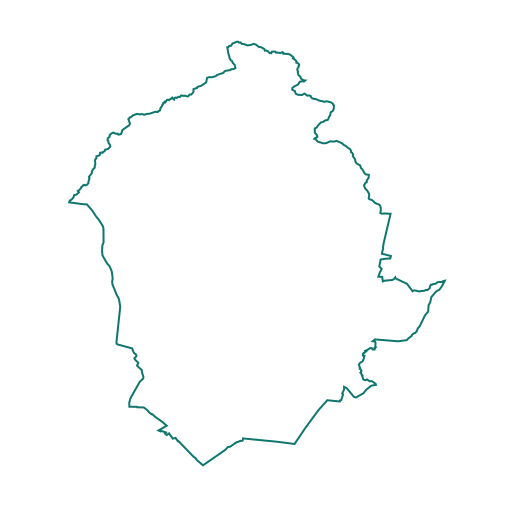 outline of Turbaco, Bolívar, Colombia, rotated 274°
{"feature_id": "7082276B46963019811413", "entity_name": "Turbaco", "entity_type": "district", "adm_level": 2, "iso_a3": "COL", "parent_name": "Colombia", "parent_adm1": "Bolívar", "projection": "robinson", "projection_center": [-75.373, 10.349], "detail": "fine", "context": "isolated", "style": "outline", "palette": "teal", "viewbox_px": 512, "rotation_deg": 274, "n_neighbors": 0, "source": "geoboundaries", "source_scale": "gbopen_adm2", "svg_char_len": 6078}
<svg xmlns="http://www.w3.org/2000/svg" viewBox="0 0 512 512"><g transform="rotate(274 256 256)"><path d="M434.5,292.8L434.5,291.4L435.8,289.0L436.5,288.2L438.0,287.7L439.4,285.8L441.4,285.0L443.1,285.0L443.6,284.5L444.9,284.2L445.9,284.3L447.3,285.3L448.6,285.2L449.3,285.8L450.1,285.7L451.2,284.4L451.7,282.7L452.7,282.9L454.2,281.7L455.6,279.2L456.3,279.8L456.8,279.5L459.3,275.9L459.8,273.9L459.7,271.4L460.0,270.3L459.6,269.2L460.8,268.9L461.2,268.1L460.1,266.1L460.4,264.0L460.2,261.8L461.2,261.2L461.3,260.4L460.9,257.4L459.4,257.1L459.3,255.6L461.1,253.5L461.8,251.5L461.5,250.5L463.2,249.7L464.8,246.0L464.8,244.1L466.9,241.2L467.4,238.8L466.1,235.8L465.5,232.6L466.5,229.7L466.7,226.8L467.9,225.9L467.7,224.1L468.4,223.5L468.5,222.2L466.4,217.8L463.9,216.3L463.7,214.7L462.5,213.9L462.3,212.8L455.9,214.3L453.2,215.5L451.6,215.7L449.6,217.2L448.7,218.6L447.0,219.3L445.3,221.3L442.2,222.4L440.9,220.6L440.6,218.2L439.7,217.4L438.6,212.8L438.1,211.9L436.3,210.5L433.9,204.6L432.6,203.3L431.2,199.5L431.2,197.3L430.7,195.5L430.1,194.7L425.7,194.2L422.0,189.5L420.6,185.8L419.6,185.5L418.1,182.0L415.7,182.2L414.4,181.6L412.5,180.1L412.5,178.7L411.9,178.0L410.6,177.4L410.4,176.2L410.9,174.7L410.7,171.1L411.0,170.2L409.3,169.0L409.4,167.5L408.2,166.0L408.5,165.0L408.2,164.1L407.6,163.5L406.4,163.4L406.7,162.6L408.1,161.4L407.3,160.9L407.1,160.2L406.3,159.6L406.1,158.6L405.4,158.2L405.7,156.9L405.4,156.2L404.3,155.5L403.7,154.2L403.3,154.3L403.3,155.0L402.8,154.9L402.3,152.8L400.7,152.6L399.9,151.8L399.1,151.8L397.1,150.5L394.5,150.0L393.4,148.2L392.7,147.9L392.9,145.7L390.6,140.1L390.0,136.9L389.1,134.5L389.7,132.5L389.1,130.2L389.5,127.4L387.4,123.0L386.2,122.2L385.4,120.3L384.7,120.2L383.7,119.1L379.5,121.0L377.7,120.5L372.4,114.0L368.2,112.9L367.5,110.7L367.6,110.1L368.3,109.8L368.3,107.2L369.2,105.0L367.6,102.5L366.2,101.6L364.9,101.7L363.1,100.0L361.1,99.8L360.3,100.7L358.6,101.0L356.3,102.8L355.0,103.0L352.7,101.2L351.4,98.0L349.9,97.6L349.2,96.2L348.2,95.7L348.4,94.1L348.1,93.3L346.0,93.2L345.5,92.8L344.4,89.9L342.8,90.0L340.5,88.7L336.2,89.3L334.5,88.8L332.9,89.0L331.1,87.3L328.9,86.4L327.1,86.4L323.3,83.8L322.1,84.5L321.7,84.2L320.6,84.3L319.0,83.7L316.9,83.7L315.0,82.1L314.5,80.6L315.0,80.0L314.9,79.4L314.4,78.5L313.6,78.1L312.7,77.0L311.4,76.6L309.3,75.0L308.4,73.7L307.1,74.9L304.7,72.5L304.1,70.4L301.5,69.7L299.5,68.2L298.2,66.3L296.5,65.9L295.6,79.6L295.7,83.7L290.2,89.2L284.9,93.2L280.9,96.9L275.4,100.9L274.0,101.5L272.9,101.9L259.0,103.0L255.8,102.0L250.1,102.1L245.9,102.8L238.1,108.0L235.6,110.6L230.6,113.2L223.7,114.6L220.2,114.3L217.8,114.7L207.7,119.7L203.2,122.4L195.9,124.1L160.2,122.8L158.9,123.0L158.1,124.2L155.2,138.8L150.8,141.0L149.7,142.8L148.6,143.6L147.7,143.7L145.5,141.8L144.5,142.3L141.2,146.0L140.5,146.0L138.8,145.0L138.2,145.0L134.3,150.0L131.9,150.4L127.6,152.1L125.8,152.0L122.6,148.9L105.3,140.7L100.9,139.8L96.8,140.2L97.2,147.1L97.2,148.0L96.8,148.2L97.1,154.6L94.9,158.0L92.2,160.7L90.9,162.7L91.2,163.1L90.6,164.0L88.5,166.7L83.9,174.2L80.5,178.8L75.3,171.1L75.0,172.5L74.7,172.1L74.4,173.0L75.0,173.2L73.7,178.5L72.5,177.6L71.2,179.4L73.0,181.6L68.0,185.7L68.9,188.4L65.6,191.2L65.9,191.6L51.2,207.9L50.5,209.4L48.3,211.3L43.5,217.7L60.4,238.8L63.5,241.3L63.9,243.4L69.2,250.1L69.3,251.2L70.4,252.9L70.7,255.2L71.5,255.8L73.1,255.8L72.2,289.5L71.2,307.6L87.2,316.8L106.4,328.9L117.1,337.2L116.7,349.7L117.9,350.0L118.2,351.1L124.0,352.5L124.8,351.6L129.0,353.2L131.6,353.0L130.7,355.3L130.0,356.2L122.5,363.3L121.9,364.9L121.9,365.7L126.6,372.8L130.3,375.3L134.4,379.8L134.9,380.8L135.8,384.6L136.9,384.2L139.1,380.5L139.3,379.9L138.9,378.1L140.6,375.4L139.7,373.8L140.3,371.7L143.5,370.4L144.3,370.6L144.6,369.8L146.5,369.0L146.8,368.4L147.4,368.9L148.0,368.7L148.9,369.2L150.3,368.3L150.6,367.4L151.7,367.6L151.9,367.2L153.5,366.9L154.7,366.2L156.6,367.2L158.4,369.7L161.2,370.7L164.1,371.1L164.1,369.5L165.7,369.5L166.7,370.1L166.8,370.8L167.6,371.1L168.4,372.5L169.1,371.7L170.1,373.7L172.2,376.5L172.1,378.0L170.9,378.7L171.0,380.8L171.8,381.2L172.6,380.6L173.5,381.9L174.1,381.3L177.8,381.3L178.9,380.7L179.1,378.4L181.1,380.5L180.8,403.4L182.6,412.3L184.5,413.8L187.0,416.7L188.4,417.2L189.8,418.8L190.4,420.2L192.1,421.6L195.0,422.4L197.1,424.1L208.5,428.7L212.5,431.6L219.0,431.6L221.9,433.0L227.3,433.8L233.2,438.2L235.2,441.3L238.5,443.4L244.5,446.1L244.1,444.5L243.0,443.2L242.9,440.5L242.4,438.7L240.9,437.3L240.4,434.6L239.5,433.4L239.6,432.6L238.7,431.9L235.7,431.3L233.8,429.1L234.0,427.9L233.0,426.2L232.6,423.0L232.0,421.5L232.7,417.2L232.6,415.6L231.8,414.6L238.8,408.6L243.3,396.9L244.4,396.4L242.7,395.3L241.5,393.5L240.5,386.6L239.5,384.3L244.0,383.4L243.9,379.5L248.5,380.8L251.8,382.3L254.2,379.7L261.2,380.6L262.3,385.3L262.9,390.1L265.4,390.6L267.1,381.4L272.5,382.3L273.4,382.1L278.0,382.5L307.5,387.3L307.4,381.5L307.0,378.8L307.4,377.1L311.1,377.3L313.2,377.0L314.8,376.3L315.9,375.2L317.1,371.3L319.7,368.2L320.7,364.9L321.5,364.4L324.8,364.7L326.1,364.4L329.3,362.1L330.8,360.3L333.3,359.0L334.1,358.9L336.7,360.2L337.3,361.3L339.1,361.2L341.8,362.9L344.9,362.9L345.1,359.6L346.3,358.4L349.9,356.0L350.9,354.7L353.6,353.6L355.4,349.8L356.9,348.7L359.5,348.0L362.4,345.6L364.2,345.8L365.6,344.7L366.2,343.6L367.5,343.5L369.1,342.4L371.0,339.1L372.0,338.0L373.0,335.5L374.3,334.3L376.3,328.9L376.4,328.0L375.8,326.8L375.5,324.8L375.6,322.0L373.5,318.3L373.1,315.4L374.3,309.8L376.8,307.1L377.0,306.1L377.6,306.6L379.0,308.9L380.9,308.3L383.1,306.1L387.3,305.7L388.5,307.7L390.7,308.8L393.7,311.4L394.7,314.1L395.5,314.7L396.3,316.1L396.5,317.5L397.0,318.3L400.0,319.2L401.3,320.1L404.6,320.5L405.8,322.2L406.8,322.9L408.7,323.3L411.8,323.2L412.3,322.4L413.2,322.1L414.4,320.4L415.2,316.3L415.2,315.2L414.5,313.4L415.0,311.9L415.4,308.4L416.5,305.5L417.0,301.4L418.4,299.7L419.4,299.4L419.9,297.6L419.5,296.0L421.3,293.3L421.4,292.9L419.9,290.8L419.7,289.9L419.9,288.7L419.7,287.4L420.3,284.8L421.6,283.8L423.2,283.3L424.4,280.5L426.1,280.5L427.4,281.8L430.1,286.1L432.9,287.5L433.5,289.8L433.4,291.7L434.5,292.8Z" fill="none" stroke="#0f766e" stroke-width="2"/></g></svg>